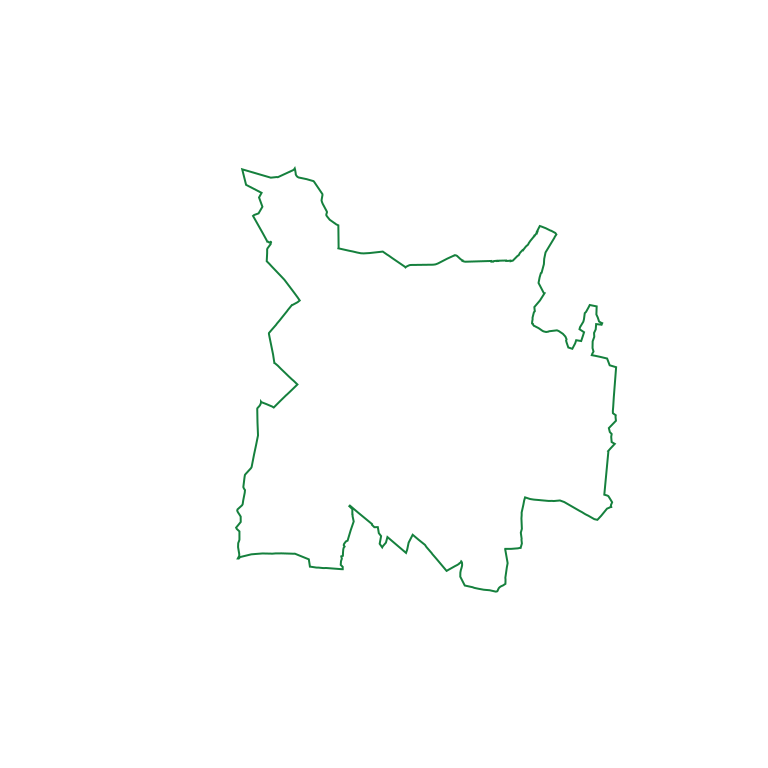 Mežāres pag., Krustpils, Latvia (Mercator projection), rotated 133°
{"feature_id": "27541924B81623033015716", "entity_name": "Mežāres pag.", "entity_type": "district", "adm_level": 2, "iso_a3": "LVA", "parent_name": "Latvia", "parent_adm1": "Krustpils", "projection": "mercator", "projection_center": [26.221, 56.543], "detail": "fine", "context": "isolated", "style": "outline", "palette": "green", "viewbox_px": 768, "rotation_deg": 133, "n_neighbors": 0, "source": "geoboundaries", "source_scale": "gbopen_adm2", "svg_char_len": 6022}
<svg xmlns="http://www.w3.org/2000/svg" viewBox="0 0 768 768"><g transform="rotate(133 384 384)"><path d="M447.4,158.9L446.2,159.9L443.7,162.2L443.1,163.0L434.2,169.2L430.7,171.4L422.1,182.8L421.9,182.9L418.1,178.8L413.2,174.3L412.2,173.5L411.0,172.8L410.7,172.3L406.6,174.4L404.1,177.3L403.4,177.7L402.5,178.8L399.8,182.1L399.5,182.5L395.9,184.4L388.5,191.9L386.0,193.9L384.1,195.7L377.3,199.7L373.7,202.0L370.7,203.5L368.7,199.2L368.4,198.6L366.3,195.5L363.4,191.8L363.0,191.3L362.1,190.1L357.3,183.9L354.9,181.4L353.9,180.1L349.2,175.9L347.4,171.7L346.5,167.8L346.0,165.6L343.4,154.4L342.7,151.8L342.0,148.2L341.3,145.7L341.2,145.6L340.9,144.4L339.4,138.0L337.8,135.3L332.2,135.3L323.1,135.9L320.6,134.8L320.0,134.7L319.0,133.9L317.9,135.4L314.9,136.5L313.6,141.1L313.0,143.4L313.1,144.0L313.4,144.8L314.7,147.4L280.3,173.9L280.3,174.3L276.9,174.4L270.4,174.4L271.2,177.9L267.7,181.8L265.3,183.4L265.1,186.1L262.9,189.5L252.7,189.3L250.1,192.3L248.8,193.2L249.2,196.2L249.2,196.7L247.7,198.2L244.4,200.8L237.1,206.8L213.4,225.7L216.4,231.7L213.2,238.2L216.6,244.2L219.3,248.7L221.2,251.7L219.6,252.4L217.4,252.9L215.5,256.0L210.5,260.5L206.1,262.4L203.4,265.2L199.7,266.4L195.5,269.7L193.5,267.0L192.8,266.1L192.3,265.3L190.7,265.9L191.3,267.5L191.6,269.4L190.4,271.5L189.6,273.0L188.3,276.1L182.2,281.4L185.9,287.4L188.3,286.7L193.5,285.4L195.2,285.5L196.1,284.9L197.2,284.1L200.3,281.9L202.5,280.7L208.7,279.4L210.6,278.4L209.7,273.0L212.4,271.7L218.1,269.1L220.9,273.3L223.9,271.9L229.8,270.3L231.6,274.1L229.2,278.6L228.1,280.4L226.8,281.0L225.6,283.7L225.3,287.4L226.1,292.3L226.7,293.9L226.9,294.2L232.8,299.2L233.6,299.5L235.4,300.9L236.5,302.8L237.0,304.1L237.7,309.0L238.8,312.9L238.9,313.5L239.2,314.0L239.0,315.3L238.5,316.0L238.8,316.9L238.6,317.2L237.6,317.9L237.0,318.4L235.4,319.4L234.2,320.6L229.3,323.3L228.0,323.3L227.7,323.5L227.4,324.0L225.2,326.5L216.6,326.9L208.1,328.5L208.5,329.2L204.7,339.9L199.9,342.9L195.9,344.9L195.2,344.6L187.3,348.8L183.2,352.2L177.6,355.6L160.9,359.1L159.7,359.5L157.1,359.9L156.7,361.7L157.9,366.3L158.2,366.7L159.8,372.1L160.1,372.8L161.4,376.1L162.2,377.8L168.2,376.1L167.9,375.7L169.4,375.1L169.4,375.3L173.1,374.9L173.1,375.2L174.6,374.9L179.5,374.6L182.2,374.2L183.8,373.7L186.6,374.0L190.1,373.7L191.4,373.5L191.5,374.0L193.8,374.0L195.3,374.0L198.0,373.3L199.2,373.7L205.9,373.9L207.9,375.2L207.5,375.7L209.5,377.3L210.7,378.6L210.4,378.9L215.9,384.5L216.1,384.3L217.1,385.3L216.9,385.5L219.2,387.5L219.6,387.6L219.9,387.5L221.3,388.9L220.8,389.4L239.0,407.8L239.7,408.8L240.1,409.6L240.4,410.3L240.8,411.5L240.3,410.6L240.0,410.8L240.3,411.7L240.5,413.3L240.5,417.9L240.7,418.7L241.1,419.5L241.7,420.2L241.9,420.1L243.3,420.8L249.1,423.2L258.9,426.7L260.6,427.5L261.5,428.0L263.2,429.4L278.7,445.6L279.7,446.4L281.1,447.0L283.0,447.7L284.1,447.8L284.0,448.7L286.3,463.8L286.9,468.3L287.2,469.7L288.0,475.2L298.0,483.8L302.3,487.9L304.1,490.0L306.1,493.2L308.3,497.1L310.4,500.5L315.9,509.9L315.0,510.4L299.1,525.6L299.8,527.7L300.9,535.7L300.7,537.1L300.6,537.7L300.3,539.8L300.0,541.1L299.6,541.6L299.2,541.9L297.2,542.9L296.9,543.3L295.6,547.1L294.1,551.5L293.4,553.1L292.4,554.8L291.6,555.4L287.7,557.9L287.1,558.6L283.8,572.9L283.7,573.9L285.8,578.0L286.9,580.2L291.2,587.3L291.5,588.5L291.5,589.0L291.4,589.9L291.3,590.4L290.9,591.5L290.1,592.3L287.9,595.2L287.2,596.3L288.5,596.1L289.5,596.3L305.2,602.7L305.7,603.5L310.3,607.5L323.7,634.1L332.4,620.7L327.7,603.9L332.8,602.6L337.3,593.8L344.8,592.1L348.9,594.2L350.4,594.4L356.3,575.8L358.7,568.5L359.5,566.4L359.3,566.3L359.0,566.0L358.9,565.0L358.9,564.7L358.6,564.3L358.1,564.0L357.3,563.9L357.2,563.7L357.4,563.2L358.7,562.7L359.0,562.3L364.3,561.7L365.2,561.3L368.0,558.7L374.2,553.5L374.3,550.0L374.6,546.2L375.5,530.8L375.7,527.9L378.4,512.5L379.6,506.1L380.4,502.6L383.2,503.0L388.8,504.9L389.0,505.2L395.4,504.8L396.7,504.6L404.9,504.0L408.6,503.7L413.0,503.5L414.2,503.3L420.6,503.1L425.1,502.9L425.7,502.5L427.7,499.8L438.1,485.2L439.7,483.2L443.4,478.5L443.3,478.4L443.2,477.7L443.0,474.2L443.2,469.9L443.4,458.9L443.4,458.3L443.4,454.5L443.3,452.4L443.4,447.0L453.6,447.5L458.2,447.8L458.7,447.9L467.1,448.3L476.4,448.6L476.8,450.6L477.2,451.6L477.9,453.5L478.9,456.3L480.9,461.3L480.8,461.9L481.6,461.2L482.9,460.6L484.3,460.2L485.5,460.1L487.7,460.1L488.3,460.0L488.9,459.5L498.3,450.4L507.5,441.1L516.1,435.8L524.1,431.0L535.0,424.2L536.2,423.9L544.9,423.8L545.5,423.6L547.6,422.2L555.3,416.6L555.5,416.2L556.0,415.1L556.4,413.3L558.5,411.7L565.1,407.6L568.3,405.4L569.5,405.1L575.6,405.6L576.7,405.0L577.2,404.0L577.7,402.3L577.9,401.3L578.7,398.4L580.1,397.1L582.6,394.7L585.2,394.5L589.9,394.2L590.4,392.9L590.4,392.0L590.4,389.2L596.4,383.6L597.1,383.2L599.8,382.1L602.8,379.5L606.5,374.7L607.1,373.9L608.4,372.7L609.0,372.5L611.3,371.9L610.7,371.2L608.7,371.2L599.1,364.9L595.9,362.0L590.8,357.3L584.1,349.8L582.1,348.0L577.8,343.5L572.1,337.0L569.5,334.0L568.9,333.5L563.5,319.4L568.1,313.6L567.2,312.4L564.4,308.3L562.8,306.5L560.0,302.8L558.0,300.8L548.5,288.9L547.6,287.9L545.9,289.5L545.8,292.3L542.9,294.6L540.5,295.7L539.2,297.7L537.7,296.9L535.4,298.9L532.6,301.1L531.0,301.9L529.8,301.9L529.3,303.6L528.0,304.2L525.1,304.5L523.4,303.8L513.5,308.7L505.2,312.4L502.2,316.7L500.8,318.1L500.9,318.3L497.1,321.8L497.0,325.7L497.0,326.0L496.2,326.0L495.7,315.0L494.6,297.2L495.2,296.8L495.3,293.4L492.9,290.9L495.5,287.5L496.6,286.1L497.2,282.4L503.8,278.2L504.7,273.9L503.7,274.2L498.7,274.4L493.6,277.1L492.5,252.7L489.3,254.1L483.2,257.8L474.7,260.2L474.3,252.4L473.7,244.3L474.3,241.8L475.2,233.5L475.4,232.9L476.1,226.4L478.0,210.8L468.9,207.9L466.4,207.0L464.4,206.5L463.8,206.6L462.3,206.2L461.0,206.6L461.0,206.4L461.5,205.1L463.0,203.5L463.8,202.9L465.8,201.8L467.7,200.9L469.9,199.5L471.9,197.7L472.9,196.8L476.3,187.5L472.2,180.6L471.5,178.9L469.4,175.4L466.4,170.7L462.8,166.1L459.7,160.8L459.3,160.4L458.3,159.8L457.5,160.0L456.4,160.4L455.0,160.8L453.8,160.8L452.3,160.5L449.9,159.5L448.9,159.3L447.4,158.9Z" fill="none" stroke="#15803d" stroke-width="2"/></g></svg>